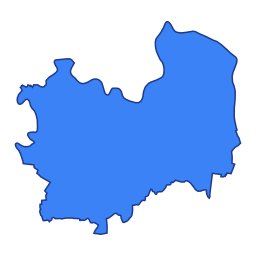 Yen Phong, Bắc Ninh, Vietnam
{"feature_id": "81297802B41688796411548", "entity_name": "Yen Phong", "entity_type": "district", "adm_level": 2, "iso_a3": "VNM", "parent_name": "Vietnam", "parent_adm1": "Bắc Ninh", "projection": "natural_earth1", "projection_center": [105.961, 21.21], "detail": "fine", "context": "isolated", "style": "filled", "palette": "blue", "viewbox_px": 256, "rotation_deg": 0, "n_neighbors": 0, "source": "geoboundaries", "source_scale": "gbopen_adm2", "svg_char_len": 5734}
<svg xmlns="http://www.w3.org/2000/svg" viewBox="0 0 256 256"><path d="M237.1,129.9L236.4,128.2L234.8,121.2L234.3,117.3L234.2,115.3L234.3,107.9L235.1,98.7L235.2,91.8L234.9,89.5L233.9,85.7L232.6,82.2L232.2,77.3L232.2,76.3L232.9,72.5L235.4,66.3L236.7,62.4L236.9,60.9L236.9,59.6L236.6,58.8L236.3,58.0L235.5,57.0L230.0,52.7L227.1,49.8L221.4,44.8L217.0,41.6L213.0,40.1L206.1,36.6L200.2,34.1L195.7,31.8L193.1,31.2L187.2,32.2L182.7,32.8L180.4,32.9L176.6,32.2L174.7,31.1L173.7,29.8L170.9,24.8L169.9,23.3L169.3,22.7L167.8,21.7L167.2,21.7L166.6,21.9L166.0,22.3L165.5,22.9L163.4,27.9L161.3,31.7L159.0,35.0L156.3,38.5L155.7,40.2L155.4,41.5L155.4,44.8L155.6,47.6L156.5,51.3L157.9,54.7L160.2,59.6L162.2,62.0L163.1,64.2L163.6,66.1L164.0,68.1L164.1,70.2L163.8,73.6L163.2,75.4L162.6,76.4L161.6,77.5L159.5,78.6L155.9,80.3L151.2,82.0L148.6,83.3L146.9,85.2L146.1,86.0L145.4,86.9L144.6,88.8L143.6,91.7L142.8,97.1L141.6,100.2L140.6,101.4L139.7,102.0L138.3,102.7L135.3,102.6L129.8,101.1L125.9,99.3L124.0,98.1L122.7,96.1L122.3,95.0L121.6,92.6L121.0,90.9L120.3,90.0L119.6,89.3L118.7,88.6L116.5,88.2L113.0,88.2L112.2,88.5L111.3,89.6L109.6,93.3L108.4,94.7L107.8,95.0L107.3,95.0L106.4,94.6L105.8,94.2L105.3,93.6L104.6,92.0L102.0,83.4L100.9,81.6L99.1,80.1L97.8,79.4L96.5,79.1L95.1,79.0L93.7,79.1L91.7,79.9L87.6,82.3L84.4,83.4L83.1,83.6L81.0,83.3L79.2,82.5L77.4,80.8L74.6,77.7L72.3,75.8L71.4,74.4L70.8,73.3L70.6,72.7L70.5,71.2L70.8,69.6L71.6,67.8L74.3,62.9L73.8,62.5L72.9,61.3L72.0,60.2L71.5,59.7L69.9,58.9L67.3,58.8L56.1,59.9L55.0,60.3L54.4,61.1L54.4,62.7L55.3,65.0L56.7,67.3L57.4,68.5L57.4,70.0L56.9,71.5L55.5,72.9L52.7,75.0L49.3,77.1L46.5,80.1L46.1,80.8L46.2,84.7L45.0,85.6L44.0,86.6L43.5,87.0L42.5,87.0L40.5,86.5L39.7,86.2L38.4,85.2L37.6,84.9L33.7,84.8L32.5,87.3L30.7,85.4L30.3,86.2L28.8,85.2L27.8,85.0L27.5,86.2L26.2,87.2L22.4,85.1L21.5,85.8L21.8,86.3L20.4,87.3L21.0,88.1L21.4,88.9L21.6,89.5L22.1,90.6L18.5,94.7L18.3,95.9L17.4,97.7L17.2,100.2L17.6,102.4L18.7,103.9L20.1,104.3L22.1,103.4L25.7,99.5L27.0,99.2L27.8,99.5L29.0,100.8L29.9,102.8L30.3,105.0L30.9,106.5L32.1,108.4L34.1,110.5L35.2,112.4L36.3,115.4L37.3,120.1L37.5,125.9L37.3,130.4L36.6,131.8L35.4,132.3L33.4,132.1L30.4,132.3L28.4,133.0L27.8,133.9L27.7,134.9L28.2,136.1L29.6,138.3L30.1,138.9L30.8,139.6L33.5,141.3L34.1,142.0L34.3,142.2L34.2,142.8L33.5,143.4L32.8,143.8L31.9,144.2L31.4,144.6L30.5,145.7L30.0,146.0L29.5,146.2L27.1,146.7L24.2,146.6L22.3,146.0L19.7,144.5L18.6,143.6L17.6,143.2L16.9,143.1L15.8,143.6L15.5,144.0L15.4,145.2L16.0,146.8L17.2,148.6L18.5,150.1L19.2,151.2L20.2,153.1L21.7,157.2L22.2,159.0L23.1,161.8L23.2,163.6L33.9,164.9L34.1,167.4L34.3,167.7L37.8,170.1L38.0,170.3L36.8,173.2L37.1,173.6L37.5,173.7L38.0,174.1L40.9,176.8L43.0,178.1L50.3,182.3L44.7,190.8L45.3,191.5L46.7,193.0L47.1,193.5L45.9,195.1L45.8,195.6L45.8,196.3L46.4,199.9L41.7,200.4L41.7,204.2L40.1,204.2L40.0,204.7L40.0,207.8L40.3,208.5L40.8,209.0L40.8,209.3L40.2,209.7L40.0,210.1L40.0,210.9L39.7,211.7L39.8,212.1L40.2,213.1L40.6,214.9L40.8,215.3L41.2,215.6L41.7,216.2L42.1,217.3L42.6,219.0L43.1,220.4L43.3,220.6L43.7,220.7L45.4,220.4L46.0,220.5L46.5,220.4L47.2,220.2L48.0,220.1L48.9,221.1L49.4,221.7L49.9,221.0L51.3,220.2L51.6,219.9L51.8,219.6L51.9,218.5L52.3,217.8L52.6,217.6L53.8,217.6L54.2,217.7L54.5,218.0L54.8,218.4L55.3,218.7L60.2,218.5L61.8,218.9L62.6,218.8L63.0,218.6L65.6,218.1L68.1,218.0L72.7,218.1L74.0,218.4L75.0,218.5L77.3,218.5L78.7,218.7L79.6,218.9L79.8,219.0L79.9,219.3L79.8,220.3L80.0,220.5L82.2,220.1L83.1,220.3L83.9,220.3L85.0,220.1L85.5,219.8L86.2,219.2L87.3,218.5L88.0,218.4L88.7,218.9L89.3,219.8L90.1,221.8L90.7,222.6L91.3,222.8L92.1,222.9L93.3,222.5L94.1,222.5L96.6,223.8L97.2,224.3L98.4,225.1L97.9,226.2L97.6,227.2L97.3,227.8L96.5,228.3L95.8,229.7L94.8,231.0L93.9,233.3L94.8,233.5L97.5,233.7L100.6,234.3L107.0,233.1L107.1,226.2L106.4,218.6L107.9,218.4L108.9,217.8L111.6,215.9L114.1,213.9L114.8,213.5L115.4,213.3L116.1,213.3L117.0,213.9L118.2,214.9L118.8,215.1L120.5,215.3L120.8,215.5L121.1,217.7L121.4,218.9L121.9,220.0L122.8,222.0L123.2,222.4L123.8,222.4L124.5,222.3L124.8,222.0L126.7,221.3L128.2,220.1L129.8,218.1L131.3,216.3L131.8,215.4L132.1,214.1L132.4,212.0L132.6,209.8L132.5,206.0L132.6,205.6L132.7,205.3L133.0,205.1L133.9,205.2L135.1,205.1L135.9,204.6L136.3,204.6L138.0,205.0L138.5,204.8L139.3,204.0L140.6,202.1L141.3,201.3L142.6,200.3L143.6,200.4L144.4,200.6L144.8,200.4L145.1,200.1L145.3,199.3L145.3,197.6L145.4,197.0L145.8,196.6L147.5,196.0L147.9,195.7L148.2,195.4L148.6,194.6L149.8,191.3L150.3,190.4L150.6,189.7L150.9,189.3L151.3,189.1L151.8,189.3L152.1,189.8L152.2,190.7L152.4,191.2L152.7,191.5L154.0,191.9L154.4,192.2L155.2,193.8L155.7,194.2L156.1,194.4L156.5,194.2L156.8,193.7L156.9,192.8L157.1,192.3L157.4,192.1L159.0,191.9L159.6,191.6L161.0,191.8L161.6,191.7L162.5,191.1L163.9,189.8L165.1,188.2L165.8,187.3L166.1,186.5L166.3,185.5L166.9,185.0L167.8,184.8L168.9,184.9L169.6,184.9L170.3,184.6L170.7,184.2L171.3,182.4L171.6,182.1L172.1,182.0L172.4,182.5L172.8,182.5L173.5,182.1L173.8,181.9L174.2,181.4L174.6,181.3L175.0,180.5L175.3,180.3L175.7,180.2L176.1,180.5L176.5,180.5L177.3,180.9L178.6,181.2L179.2,181.3L179.6,181.4L180.4,181.8L181.5,182.0L182.6,182.0L184.5,181.9L185.1,181.2L185.7,180.9L186.8,180.8L188.3,181.3L190.5,183.0L193.6,186.9L195.3,189.4L196.8,190.6L198.0,191.2L200.5,191.1L203.1,190.2L205.2,189.7L206.0,189.9L206.3,190.4L206.4,192.0L206.8,194.2L207.6,196.1L208.4,197.5L209.2,198.2L210.0,196.3L209.8,194.5L212.4,173.3L221.2,174.5L220.9,176.7L222.9,176.9L225.2,176.3L225.4,174.9L226.4,174.9L226.7,173.1L231.0,173.7L234.7,164.2L232.0,163.3L232.2,157.3L231.6,151.5L233.0,149.6L234.9,147.4L237.2,146.0L238.1,145.6L240.6,143.0L239.8,141.2L239.6,140.0L239.3,138.8L237.6,135.7L237.1,134.5L235.7,130.6L237.1,129.9Z" fill="#3b82f6" stroke="#1e3a8a" stroke-width="1.5"/></svg>